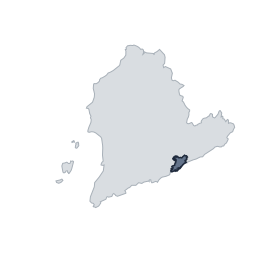 Cantabria on a map of Spain (orthographic projection), rotated 146°
{"feature_id": "ESP-5813", "entity_name": "Cantabria", "entity_type": "Autonomous Community", "adm_level": 1, "iso_a3": "ESP", "parent_name": "Spain", "parent_adm1": "", "projection": "orthographic", "projection_center": [-3.983, 43.14], "detail": "fine", "context": "in_parent", "style": "filled", "palette": "slate", "viewbox_px": 256, "rotation_deg": 146, "n_neighbors": 0, "source": "natural_earth", "source_scale": "10m", "svg_char_len": 6284}
<svg xmlns="http://www.w3.org/2000/svg" viewBox="0 0 256 256"><g transform="rotate(146 128 128)"><path d="M133.9,66.5L134.0,67.1L135.0,68.3L138.1,68.9L138.9,69.3L138.8,70.9L138.1,72.3L138.8,72.9L139.6,72.9L140.4,71.7L140.6,72.5L142.1,73.1L145.2,74.3L147.5,74.3L149.8,76.7L153.5,76.1L157.0,78.4L160.1,77.7L160.8,78.1L165.6,77.9L165.8,75.9L166.3,75.1L174.9,77.3L176.0,78.9L175.9,79.8L176.5,81.7L177.6,81.6L179.7,80.3L182.7,81.5L183.5,82.6L184.1,82.7L186.2,81.3L192.2,82.3L192.3,81.3L192.7,81.0L195.1,80.0L196.1,79.7L199.3,80.1L199.7,81.2L200.4,81.5L200.7,82.5L198.9,83.2L198.9,84.9L200.1,86.2L200.5,88.6L197.6,92.0L188.9,98.0L186.1,101.4L179.4,103.4L172.5,106.2L168.5,110.7L169.6,111.0L171.0,112.3L170.6,113.0L168.8,114.1L167.1,114.4L164.3,119.8L160.2,125.4L158.7,127.9L155.6,134.3L155.6,136.1L157.6,142.2L158.6,143.8L160.1,145.2L162.7,146.2L163.4,147.3L162.5,148.5L160.0,150.5L155.6,153.4L153.8,155.5L153.4,157.5L152.1,158.5L151.7,161.3L150.0,165.3L150.0,166.3L151.4,167.7L150.1,168.6L143.0,169.2L138.7,172.4L136.6,175.1L134.7,180.2L132.3,183.2L131.3,183.8L129.6,182.5L127.5,182.4L125.5,182.8L124.5,183.9L122.8,184.5L121.2,184.0L117.7,183.8L116.1,183.9L113.7,184.7L111.6,184.2L108.1,183.9L100.5,184.5L99.5,184.9L96.1,188.2L92.4,188.3L89.1,189.6L86.8,192.8L86.3,194.6L85.7,194.2L85.1,194.3L84.9,195.6L82.5,196.4L79.9,195.3L77.8,193.6L76.7,193.5L74.9,190.9L74.1,189.2L73.6,187.5L73.6,186.2L72.0,185.5L71.6,183.9L72.9,181.8L74.5,180.7L73.0,180.8L71.9,182.1L70.6,179.9L65.2,175.5L65.5,174.0L64.6,175.1L63.9,175.4L61.1,175.1L57.9,175.5L56.8,168.3L57.7,165.9L61.5,161.1L63.8,160.5L64.7,158.1L62.7,158.1L59.6,153.1L60.6,148.6L63.9,145.4L64.5,144.0L64.7,142.8L64.1,141.9L62.3,141.3L60.7,137.7L60.3,135.4L58.9,134.1L57.8,131.9L58.9,131.6L63.4,131.7L64.5,131.2L65.4,129.7L66.4,127.3L66.6,125.9L64.9,123.7L64.9,123.2L65.1,122.5L68.0,120.2L67.5,118.5L68.0,114.8L67.9,112.6L67.6,110.8L66.8,108.5L67.4,107.6L68.9,106.8L70.0,105.0L71.7,103.4L73.9,102.2L76.5,99.6L76.1,98.3L75.3,97.6L72.2,97.0L72.0,96.4L72.2,93.4L71.4,92.2L70.3,92.3L68.6,91.7L68.2,92.0L66.0,91.8L64.5,91.3L63.8,91.7L63.6,92.7L61.0,93.7L59.6,93.6L57.3,92.6L54.6,92.8L54.3,92.5L52.0,93.7L51.2,93.7L50.3,92.1L51.7,90.0L50.7,88.0L50.0,87.9L45.7,89.1L43.2,90.9L42.2,91.1L41.8,90.8L41.9,88.0L44.6,85.1L43.0,84.9L43.1,84.0L44.2,82.7L43.2,81.6L43.4,78.6L41.1,79.4L40.5,79.3L40.5,78.1L42.1,75.7L40.6,75.4L39.6,74.4L38.3,72.4L38.4,71.3L39.2,68.9L41.3,67.9L43.3,66.4L45.9,66.8L50.0,65.6L51.4,64.9L51.4,63.9L51.0,63.2L51.4,62.5L54.7,60.6L56.7,60.5L58.7,59.6L60.0,60.3L61.1,60.1L62.4,60.9L64.1,62.8L66.6,63.6L68.7,63.1L79.2,63.3L82.2,62.4L84.4,63.6L88.9,64.2L91.6,65.1L99.0,66.7L101.7,66.8L107.1,65.3L108.6,65.7L110.8,64.9L111.8,65.1L113.2,66.1L117.9,67.5L119.2,66.2L120.1,66.0L123.5,66.7L127.0,68.1L128.8,68.2L131.4,67.7L133.9,66.5ZM202.2,126.5L203.5,127.0L204.9,126.3L205.6,126.4L206.3,126.7L206.6,127.8L204.1,133.5L201.9,135.2L199.5,134.2L198.1,134.0L197.7,133.6L197.2,131.9L196.6,131.4L195.6,131.2L193.9,132.7L193.3,131.8L192.4,131.7L192.1,131.2L192.0,130.5L197.3,125.8L198.8,124.7L202.1,123.3L202.7,123.5L202.3,124.1L202.8,124.7L202.2,126.5ZM217.7,122.8L217.3,124.4L213.0,122.8L211.6,122.7L211.3,122.4L211.3,120.9L214.0,120.4L216.3,120.9L217.7,122.8ZM180.2,143.5L179.8,144.6L177.7,144.4L177.2,144.0L177.6,142.7L178.2,142.6L178.2,141.7L178.8,140.8L181.7,139.9L182.4,140.4L182.6,141.3L180.9,143.2L180.2,143.5ZM182.5,147.7L182.2,148.0L180.0,147.9L179.9,147.2L180.3,146.2L181.2,147.1L182.5,147.2L182.5,147.7Z" fill="#d9dde1" stroke="#a8b0b8" stroke-width="1"/><path d="M99.1,67.0L99.5,67.3L99.8,67.0L100.2,67.0L100.5,67.1L100.8,67.3L101.0,67.1L101.7,67.1L103.3,66.9L103.6,66.7L104.5,66.4L104.8,66.4L105.3,66.4L105.4,66.2L105.5,66.1L105.9,66.4L106.0,66.3L106.2,66.2L106.5,65.7L106.9,65.6L107.1,65.5L107.5,65.4L107.9,65.3L108.3,65.4L108.7,65.6L108.1,65.9L107.9,66.0L107.7,66.2L107.8,66.4L108.0,66.5L107.9,66.5L108.0,66.6L108.3,66.5L108.4,66.4L108.6,66.2L108.9,66.3L109.0,66.4L109.0,66.1L108.9,66.0L108.8,65.9L109.0,65.8L109.3,65.8L109.2,65.6L109.3,65.6L109.7,65.5L109.8,65.4L110.0,65.3L110.1,65.2L111.1,64.9L111.4,65.0L111.4,65.3L111.6,65.3L111.8,65.4L111.9,65.5L112.0,65.6L112.9,65.8L113.0,65.8L113.0,66.0L112.9,66.2L112.7,66.2L112.4,66.2L112.4,66.3L112.1,66.5L112.3,66.5L112.5,66.7L112.6,66.8L112.8,66.5L113.1,66.7L113.5,66.6L114.3,66.8L115.1,66.9L115.7,67.1L115.8,67.2L116.0,67.2L116.3,67.6L116.6,67.7L116.6,67.8L116.6,68.3L116.6,68.5L115.9,68.9L115.5,68.8L115.2,68.8L114.4,68.8L114.2,68.8L114.1,69.0L113.0,69.8L112.9,69.9L112.8,70.1L112.9,70.4L112.9,70.5L112.9,70.9L113.0,71.0L113.1,71.4L113.1,71.6L112.8,71.6L112.4,71.6L112.1,71.6L111.9,71.5L111.5,71.4L111.2,71.3L110.8,71.2L110.7,71.2L110.4,71.0L110.2,71.0L109.8,71.4L109.5,71.8L109.3,72.0L109.1,72.1L108.9,72.3L108.7,72.4L108.6,72.5L108.1,72.5L107.9,72.5L107.8,72.9L107.7,73.1L107.4,73.3L107.2,73.4L107.0,73.5L106.8,73.8L106.5,73.9L106.4,74.0L106.2,74.3L105.9,75.1L105.9,75.3L106.0,75.5L106.3,75.8L106.6,75.7L107.0,75.5L107.1,75.4L107.2,75.2L107.3,75.0L107.5,75.0L107.8,75.3L107.8,75.5L107.4,75.8L107.0,75.9L107.0,76.0L106.9,76.1L106.9,76.4L106.9,76.5L107.0,76.6L107.3,76.6L107.5,76.3L107.8,76.3L107.9,76.6L107.9,76.8L108.0,76.9L108.1,77.1L108.1,77.3L108.0,77.5L107.9,77.6L107.4,77.6L107.2,77.7L106.8,78.1L106.6,78.2L106.4,78.2L106.2,78.3L105.7,78.1L105.7,77.9L105.7,77.7L105.7,77.3L105.7,77.2L105.5,77.3L105.1,78.1L104.6,78.3L104.5,78.0L104.4,77.9L104.1,77.8L103.8,77.8L103.7,77.7L103.4,77.5L103.3,77.4L103.3,77.2L103.6,77.1L103.8,77.0L104.0,76.9L104.0,76.7L103.9,76.6L103.5,76.6L103.3,76.7L103.2,76.8L102.9,76.8L102.8,76.7L102.8,76.4L102.8,76.2L102.7,76.1L102.7,75.9L102.7,75.6L102.6,75.3L102.6,75.2L102.4,74.8L101.1,74.3L100.9,74.2L100.8,73.9L100.5,73.5L100.4,73.4L100.1,73.2L99.7,73.2L99.5,73.3L99.4,73.4L99.2,73.4L98.6,73.6L98.4,73.6L98.0,73.6L97.5,73.7L96.8,73.7L96.6,73.8L96.3,73.8L96.2,73.3L96.2,73.2L95.9,72.9L95.8,72.6L95.3,72.4L95.1,72.3L95.1,72.1L95.0,71.8L95.0,71.6L95.0,70.7L95.6,70.7L95.8,70.6L96.0,70.7L96.3,70.6L96.4,70.4L96.4,70.2L96.4,69.8L96.4,69.6L96.5,69.4L96.8,69.2L97.1,69.3L97.5,69.2L97.8,68.9L98.0,68.8L98.5,68.9L98.6,69.1L98.8,69.2L99.0,69.0L99.0,68.8L99.1,68.7L99.0,68.4L98.9,68.1L98.8,67.9L99.0,67.5L99.1,67.3L99.1,67.1L99.1,67.0ZM114.6,69.5L114.9,69.5L115.1,69.9L115.1,70.0L114.7,70.2L114.6,69.5Z" fill="#64748b" stroke="#1e293b" stroke-width="1.5"/></g></svg>